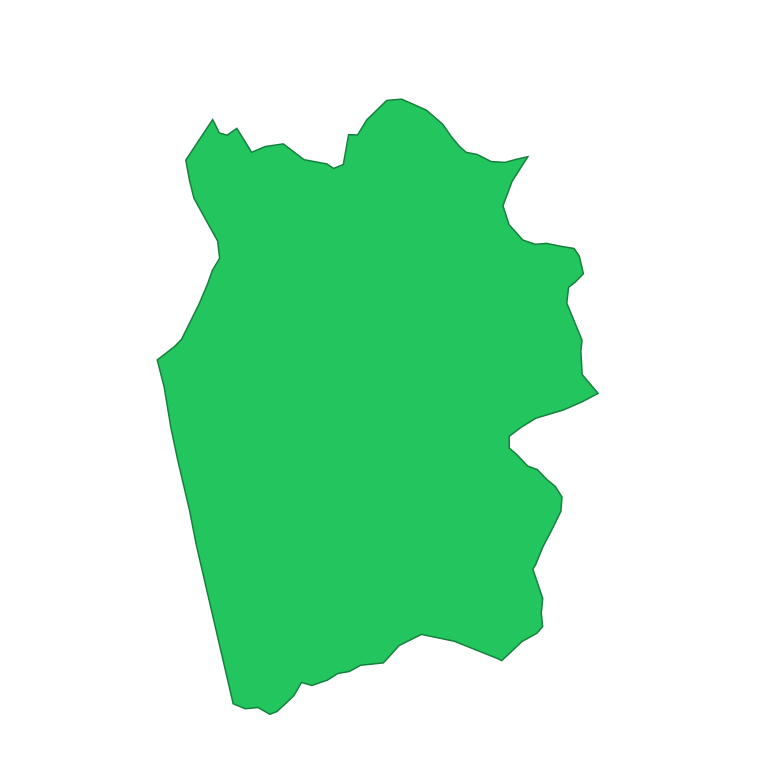 Djerem, Adamaoua, Cameroon, rotated 77°
{"feature_id": "32672807B72380332498823", "entity_name": "Djerem", "entity_type": "district", "adm_level": 2, "iso_a3": "CMR", "parent_name": "Cameroon", "parent_adm1": "Adamaoua", "projection": "orthographic", "projection_center": [12.686, 6.508], "detail": "fine", "context": "isolated", "style": "filled", "palette": "green", "viewbox_px": 768, "rotation_deg": 77, "n_neighbors": 0, "source": "geoboundaries", "source_scale": "gbopen_adm2", "svg_char_len": 1464}
<svg xmlns="http://www.w3.org/2000/svg" viewBox="0 0 768 768"><g transform="rotate(77 384 384)"><path d="M661.6,602.9L669.2,592.3L670.9,579.5L680.2,569.5L679.0,561.9L677.2,558.8L674.4,553.7L667.4,542.0L656.3,531.5L661.5,522.1L659.8,505.8L655.7,494.1L656.3,482.4L652.8,470.1L655.6,447.3L642.2,428.0L636.4,404.0L650.4,373.5L676.4,336.1L678.7,333.1L680.0,331.4L665.9,307.4L661.2,291.0L656.0,284.0L642.6,282.3L628.7,277.6L597.9,280.6L594.4,277.1L578.7,266.0L563.6,253.1L547.9,240.3L534.2,236.0L522.3,240.2L513.7,246.8L502.0,253.8L496.2,262.5L487.2,267.8L482.3,270.7L474.6,276.4L463.1,273.7L457.3,260.8L451.5,243.8L449.6,214.6L445.7,194.1L441.3,177.5L419.3,188.8L396.3,184.8L385.8,181.2L346.4,187.7L331.3,182.4L327.8,174.8L321.4,164.9L303.4,164.9L294.7,168.3L289.4,181.2L283.6,193.8L281.9,205.2L274.9,216.4L256.9,226.3L237.1,228.0L215.1,213.4L194.9,192.7L194.8,204.0L195.3,216.3L191.3,229.7L183.0,239.5L181.4,241.4L176.7,251.9L169.2,257.2L157.5,263.0L144.2,268.3L126.7,281.1L110.4,302.8L108.3,317.6L122.8,341.4L135.4,353.7L133.1,362.4L161.0,374.3L162.6,384.7L156.8,390.0L147.4,411.5L127.4,428.1L125.9,446.2L128.4,460.9L116.4,464.9L101.8,469.9L106.3,481.0L102.3,488.0L90.8,490.6L87.8,491.5L121.3,526.8L142.2,527.7L160.3,527.4L188.7,519.3L207.3,513.9L224.5,515.9L234.9,525.9L247.0,533.5L265.0,546.6L294.9,571.2L300.5,579.9L309.5,599.5L337.9,598.9L379.1,601.5L411.9,602.1L463.2,601.9L498.1,603.1L661.6,602.9Z" fill="#22c55e" stroke="#15803d" stroke-width="1.5"/></g></svg>